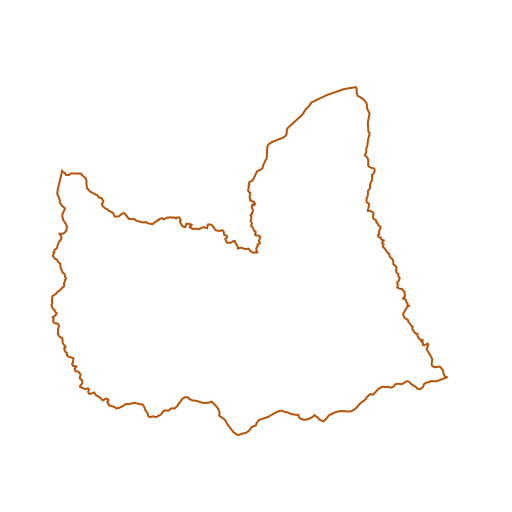 Nipepe, Niassa, Mozambique, rotated 7°
{"feature_id": "85939544B55402666252817", "entity_name": "Nipepe", "entity_type": "district", "adm_level": 2, "iso_a3": "MOZ", "parent_name": "Mozambique", "parent_adm1": "Niassa", "projection": "mercator", "projection_center": [37.842, -13.907], "detail": "fine", "context": "isolated", "style": "outline", "palette": "amber", "viewbox_px": 512, "rotation_deg": 7, "n_neighbors": 0, "source": "geoboundaries", "source_scale": "gbopen_adm2", "svg_char_len": 6040}
<svg xmlns="http://www.w3.org/2000/svg" viewBox="0 0 512 512"><g transform="rotate(7 256 256)"><path d="M323.2,79.5L306.8,87.6L292.3,96.8L290.5,100.7L287.6,104.1L284.8,110.0L271.9,125.1L271.2,127.0L271.6,130.1L270.7,133.2L268.6,135.1L257.7,141.1L254.6,143.9L253.9,146.4L254.7,157.5L252.5,163.6L251.7,167.9L250.8,169.1L246.9,171.7L243.8,180.6L242.3,182.5L240.6,183.0L240.2,185.3L240.8,186.2L240.0,187.5L240.5,189.0L240.1,191.6L240.9,193.1L242.5,193.9L242.5,198.8L243.5,200.0L243.1,201.1L245.8,202.5L247.2,202.2L248.8,204.5L248.5,205.2L247.3,205.1L247.1,206.1L246.1,205.7L245.8,208.1L247.3,210.9L247.3,213.1L246.6,214.2L247.0,214.7L245.7,216.6L246.5,217.3L246.8,219.9L246.3,221.4L248.0,224.2L247.5,226.8L249.7,228.3L250.6,230.9L252.6,231.8L252.8,233.8L252.3,234.6L252.9,235.5L256.8,235.6L258.0,236.5L256.9,241.0L258.1,242.1L258.3,243.1L256.1,244.4L256.5,246.1L255.6,247.4L255.4,249.6L256.8,252.3L252.7,253.0L250.0,252.0L247.8,249.6L244.2,250.5L240.1,249.5L237.1,250.7L236.6,248.6L233.6,245.0L233.1,243.7L231.3,244.2L229.4,246.0L225.4,246.3L223.4,243.0L224.7,241.4L225.0,240.0L224.3,239.3L221.8,238.9L221.1,236.1L219.9,234.8L219.0,234.5L217.6,235.4L215.0,235.6L212.6,235.2L208.9,231.0L206.2,230.2L204.4,230.7L204.1,234.3L200.1,233.8L196.0,236.4L193.3,236.1L190.0,236.9L186.7,235.7L186.6,234.8L188.2,233.9L188.4,233.0L186.6,232.3L183.1,232.4L182.3,235.9L179.5,235.6L176.6,231.8L176.3,230.8L176.9,229.4L174.9,227.0L172.6,227.6L171.9,228.5L169.6,227.6L168.5,228.2L165.7,228.0L164.5,228.7L163.3,228.6L159.8,230.9L158.2,229.9L155.2,231.3L154.8,232.4L153.8,232.5L153.0,233.9L151.9,234.3L149.4,237.1L144.1,236.6L142.8,235.7L140.7,236.5L136.4,236.1L132.3,235.3L130.5,234.0L127.8,234.8L125.1,234.5L121.8,231.0L119.6,229.5L118.4,229.9L115.1,233.3L111.8,234.1L110.2,233.4L109.4,231.2L108.4,230.4L103.7,228.8L102.6,227.6L100.3,227.0L97.5,224.9L96.5,223.1L97.8,221.2L97.8,220.1L95.6,217.4L93.0,217.2L91.5,215.3L83.6,212.3L79.9,209.2L78.6,203.8L78.8,202.5L77.3,199.3L73.3,196.9L72.5,195.5L62.2,196.6L60.4,198.5L57.3,198.6L56.2,196.8L54.0,196.2L53.2,195.2L51.1,214.5L51.2,218.6L54.4,224.3L54.8,226.9L57.1,229.6L60.5,231.9L60.3,233.7L58.7,238.0L58.9,240.0L60.2,243.7L63.7,247.8L64.8,250.1L64.6,253.7L63.5,255.9L61.4,257.5L58.4,257.9L60.2,260.0L60.7,261.6L60.3,263.5L58.6,266.2L57.6,270.1L57.7,272.0L55.1,274.9L55.4,276.5L54.5,277.2L55.1,278.3L54.3,280.6L56.3,283.0L59.4,284.2L59.9,285.8L62.6,287.5L63.8,292.3L66.5,296.5L68.3,297.1L68.9,299.6L70.2,301.5L69.3,303.0L69.3,305.3L68.6,306.7L69.3,308.0L68.9,310.0L68.1,310.3L65.6,314.0L63.9,315.1L62.3,317.6L58.8,320.7L58.9,325.0L59.5,327.5L59.0,330.2L61.2,333.6L62.3,333.8L63.7,336.0L65.1,337.0L64.4,339.2L61.6,341.6L62.8,342.7L62.5,344.3L63.0,346.4L65.2,347.4L67.4,347.3L69.1,349.3L68.4,352.3L68.9,358.0L70.8,359.9L73.8,361.1L74.8,366.1L78.0,369.3L78.0,370.1L76.9,370.7L77.0,371.7L78.4,374.3L80.0,375.2L80.7,377.9L81.8,378.6L87.2,379.7L87.3,384.0L86.6,385.5L87.8,387.3L91.1,387.6L90.0,389.6L90.3,391.7L91.3,392.5L93.9,392.4L96.4,395.2L95.9,398.5L96.9,399.8L98.0,399.9L98.9,401.4L98.9,403.9L97.1,406.5L97.5,407.5L102.3,408.8L105.7,408.0L106.5,409.4L105.9,411.3L107.1,413.0L108.1,413.1L112.0,411.2L114.2,413.7L118.1,415.3L121.5,418.0L124.6,415.8L126.6,416.3L127.1,417.1L126.1,418.9L126.7,419.9L127.5,420.2L128.0,422.1L133.4,422.9L135.8,424.3L138.7,423.4L143.1,420.6L144.1,419.3L146.2,418.4L148.1,418.5L153.1,416.5L159.6,417.4L161.0,416.9L163.2,419.0L164.9,422.4L167.7,425.7L168.4,427.8L170.1,428.9L173.6,427.6L175.8,428.1L177.1,427.7L181.3,424.6L182.4,421.9L184.4,420.3L187.8,420.3L190.5,417.5L193.8,417.3L196.5,414.1L196.7,412.6L198.8,409.8L199.9,407.2L202.2,405.0L205.9,404.6L207.2,406.0L210.7,407.1L214.6,407.0L220.8,408.3L226.5,407.5L229.9,406.0L235.7,410.7L237.3,412.7L238.9,415.6L238.9,418.9L245.2,422.4L248.6,427.1L255.1,433.6L258.8,435.7L260.4,435.8L265.5,433.3L267.0,433.2L270.3,430.3L272.7,426.2L276.5,424.1L276.9,421.8L278.9,418.4L287.7,414.2L294.2,409.2L298.3,406.8L300.2,406.5L304.8,407.5L306.2,407.2L308.1,408.1L312.5,408.8L317.4,408.6L318.2,410.4L319.6,411.9L323.8,412.8L327.8,411.5L331.9,408.8L333.3,406.9L336.9,408.7L338.6,410.5L342.9,412.0L345.2,409.5L347.6,405.5L353.2,401.7L358.1,399.7L368.1,398.9L370.0,398.2L373.5,395.4L377.2,389.8L382.3,384.8L382.9,383.1L385.4,379.9L386.4,379.1L389.1,379.4L394.0,372.6L397.1,370.4L401.8,370.2L403.5,369.6L404.9,370.2L406.5,370.1L408.4,368.8L410.0,366.3L411.5,365.6L416.5,365.4L420.9,361.9L423.1,362.1L426.5,364.7L430.3,366.3L432.3,368.0L435.5,368.0L437.5,366.0L438.5,362.5L440.3,360.9L443.3,360.1L444.7,358.8L450.2,358.4L460.9,352.9L458.8,352.9L457.7,351.9L456.4,350.0L455.6,346.9L452.4,343.6L451.5,343.4L446.9,344.7L444.2,343.6L443.5,342.2L443.5,336.7L436.6,327.5L437.8,323.5L437.2,322.0L433.7,324.1L432.5,323.9L432.4,322.1L430.5,320.7L431.8,319.4L431.2,318.9L428.8,318.9L427.7,318.0L425.9,315.4L425.8,313.5L423.4,313.4L420.5,310.1L419.9,308.7L420.3,307.2L419.1,306.6L415.1,302.5L414.5,300.9L410.9,299.3L409.2,296.4L409.2,295.2L412.2,288.2L413.8,286.8L412.4,286.3L412.2,284.8L411.0,283.6L409.8,280.9L407.3,280.4L407.3,279.5L408.8,278.3L407.9,273.7L404.7,270.8L403.0,271.1L400.0,270.0L400.3,267.5L399.3,265.1L400.7,263.3L401.3,260.4L400.1,259.3L399.4,256.6L397.6,255.4L396.7,252.9L396.9,249.9L393.3,247.4L393.0,244.8L391.9,242.6L388.8,240.5L387.7,237.3L386.2,236.8L383.0,233.0L380.7,231.4L381.3,229.1L379.8,228.4L379.6,227.3L380.7,226.1L380.9,224.9L378.3,224.5L377.8,222.6L375.3,222.3L374.5,220.4L375.7,219.4L375.1,217.0L376.1,211.9L373.5,210.3L372.6,208.5L371.4,208.0L371.1,206.2L367.8,204.5L367.2,202.3L367.6,199.7L367.1,198.6L363.8,197.4L361.4,197.5L362.1,191.3L361.5,190.2L359.2,189.1L358.7,186.2L359.6,182.3L359.2,177.7L361.0,174.7L360.4,170.8L362.0,166.3L361.2,161.5L362.6,159.8L363.5,157.0L362.7,154.8L359.2,154.3L357.0,153.4L356.1,151.7L356.0,148.4L355.3,146.1L354.1,144.4L351.7,142.8L352.8,139.4L352.3,136.0L353.1,132.7L353.0,127.6L353.9,120.5L352.3,118.5L350.7,109.6L351.4,101.0L347.9,95.3L347.8,92.6L346.9,90.7L344.3,88.0L339.4,85.3L337.7,84.9L336.0,81.7L335.5,77.8L334.6,76.2L323.2,79.5Z" fill="none" stroke="#b45309" stroke-width="2"/></g></svg>